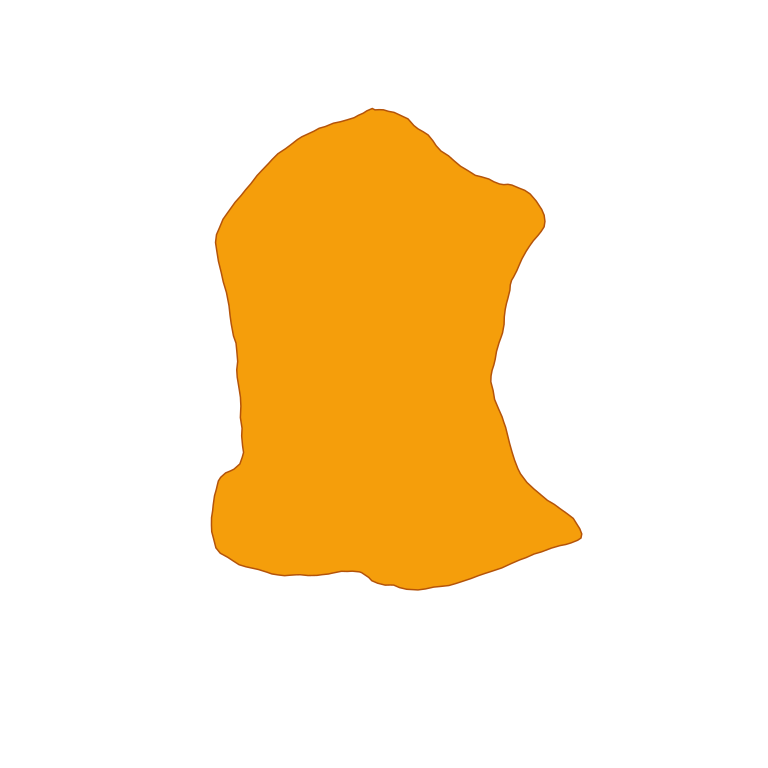 Faadhippolhu, Maldives (orthographic projection), rotated 230°
{"feature_id": "70690204B52357859866053", "entity_name": "Faadhippolhu", "entity_type": "district", "adm_level": 2, "iso_a3": "MDV", "parent_name": "Maldives", "parent_adm1": "", "projection": "orthographic", "projection_center": [73.502, 5.401], "detail": "fine", "context": "isolated", "style": "filled", "palette": "amber", "viewbox_px": 768, "rotation_deg": 230, "n_neighbors": 0, "source": "geoboundaries", "source_scale": "gbopen_adm2", "svg_char_len": 2667}
<svg xmlns="http://www.w3.org/2000/svg" viewBox="0 0 768 768"><g transform="rotate(230 384 384)"><path d="M426.3,618.2L435.6,618.1L441.9,616.3L447.8,613.1L454.1,609.9L457.3,607.3L459.7,603.9L462.9,601.1L468.4,598.1L473.6,596.1L480.1,591.8L485.1,588.1L493.9,585.3L501.6,582.6L509.6,581.2L517.3,580.1L525.8,577.4L533.0,577.1L539.0,577.8L546.4,577.9L551.9,576.2L557.5,574.1L562.8,573.0L571.7,572.8L576.4,570.6L581.6,568.2L585.6,566.3L590.0,562.7L594.4,559.8L597.2,556.7L599.8,553.3L602.6,552.1L604.3,546.4L604.8,542.2L606.3,537.1L607.2,532.3L610.2,525.2L612.9,519.2L616.3,512.9L619.0,504.4L621.6,498.7L622.7,492.9L624.7,485.5L626.2,480.0L626.9,474.8L627.2,465.6L627.6,459.2L628.6,450.9L627.9,442.7L627.2,437.7L626.1,427.6L625.3,420.8L623.0,410.8L621.7,402.7L620.3,396.0L618.9,386.7L615.9,375.0L613.7,366.6L609.7,358.9L606.1,351.7L600.7,345.9L594.0,341.8L584.5,336.1L573.9,330.9L565.5,326.5L555.3,322.1L543.6,315.6L535.4,310.1L528.4,305.7L517.6,299.6L510.4,296.9L503.4,292.1L495.3,286.4L489.5,280.3L483.5,275.9L478.6,273.0L472.2,269.2L466.1,265.5L459.0,260.1L450.6,252.4L441.3,246.8L435.7,241.6L427.5,235.9L421.8,232.4L419.0,228.3L415.4,222.2L415.2,214.3L416.1,210.6L417.7,205.5L417.5,198.9L416.2,194.8L414.1,191.9L410.9,187.6L407.3,182.3L401.1,175.4L397.0,171.2L392.5,166.0L386.9,161.2L381.6,157.1L375.0,154.0L366.5,149.9L359.6,149.8L351.7,152.9L345.6,154.7L338.8,156.8L332.8,160.7L322.7,168.5L315.2,173.3L310.6,176.0L305.8,180.2L301.1,184.6L297.8,189.3L294.5,193.8L291.7,197.3L286.1,202.7L280.5,209.6L277.7,214.1L274.1,219.4L272.7,222.2L267.9,231.0L264.0,235.4L261.0,239.4L255.8,244.5L253.9,245.6L245.6,248.0L241.2,248.2L235.6,251.0L229.2,255.6L226.0,259.6L223.7,262.2L218.1,265.0L212.2,269.4L204.4,277.7L200.4,284.0L196.5,291.5L192.5,297.3L187.9,304.2L184.9,311.0L182.6,316.7L179.1,325.5L176.5,333.1L174.1,339.3L171.4,345.9L167.4,356.0L164.6,366.3L162.0,375.0L159.7,381.2L157.3,389.7L154.2,396.7L150.8,406.5L147.1,414.9L144.2,420.1L142.1,425.0L139.8,432.0L139.4,435.9L142.0,439.1L147.2,440.9L159.4,442.6L167.0,440.9L175.5,438.7L182.2,437.1L189.8,434.4L207.6,431.3L216.7,430.2L227.5,430.8L233.0,432.1L241.8,435.1L249.5,438.3L257.7,442.0L264.8,445.5L272.6,449.3L278.0,451.3L282.8,453.3L291.4,455.8L301.1,458.8L305.5,461.4L308.9,463.4L317.1,467.3L321.4,471.2L325.0,475.6L328.0,480.4L331.4,485.0L336.7,491.2L341.7,498.7L344.8,504.1L347.0,507.7L352.5,514.3L358.2,519.4L363.3,524.9L367.0,529.6L369.8,533.7L374.9,540.7L378.8,544.5L381.5,548.5L382.6,551.8L385.5,558.7L388.4,564.4L391.2,570.1L394.3,578.2L396.2,584.4L397.8,590.6L398.9,597.9L399.9,602.6L401.5,607.7L405.1,611.8L410.4,615.2L416.3,617.0L426.3,618.2Z" fill="#f59e0b" stroke="#b45309" stroke-width="1.5"/></g></svg>